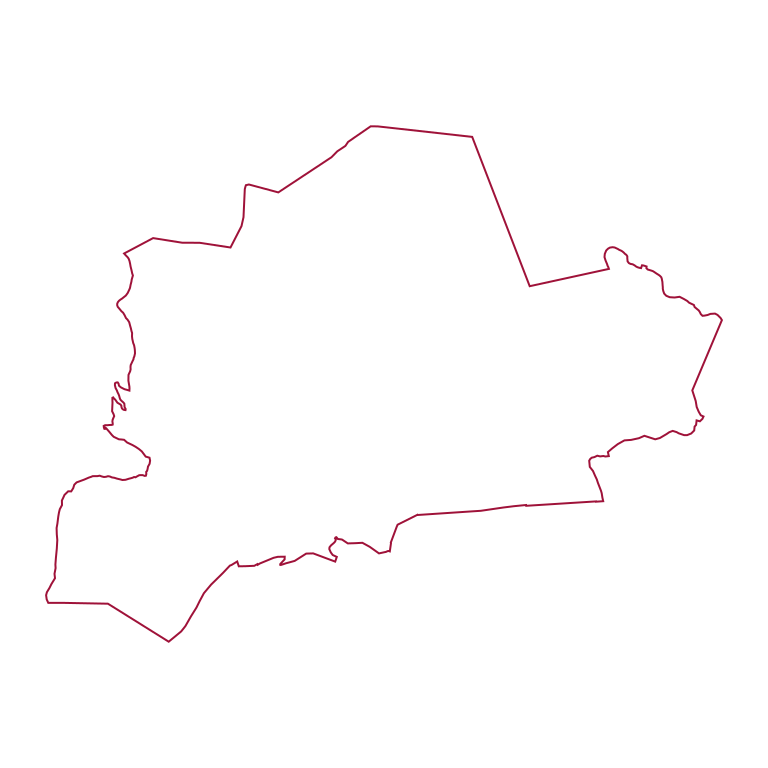 Juan Galindo, Puebla, Mexico
{"feature_id": "50627088B57480550213661", "entity_name": "Juan Galindo", "entity_type": "district", "adm_level": 2, "iso_a3": "MEX", "parent_name": "Mexico", "parent_adm1": "Puebla", "projection": "natural_earth1", "projection_center": [-98.001, 20.223], "detail": "fine", "context": "isolated", "style": "outline", "palette": "rose", "viewbox_px": 768, "rotation_deg": 0, "n_neighbors": 0, "source": "geoboundaries", "source_scale": "gbopen_adm2", "svg_char_len": 5190}
<svg xmlns="http://www.w3.org/2000/svg" viewBox="0 0 768 768"><path d="M703.5,416.5L700.8,415.3L698.7,411.7L696.7,407.0L695.7,401.0L692.3,390.4L721.9,320.1L720.6,318.0L717.5,314.9L715.0,313.6L710.4,313.9L707.6,315.0L704.5,315.6L702.5,315.8L700.8,314.1L699.8,312.0L698.7,310.4L697.1,309.1L694.6,307.0L693.9,305.0L689.1,302.7L687.3,301.0L683.9,299.0L679.6,296.8L674.6,297.5L669.7,297.2L666.3,295.8L664.2,293.6L663.3,291.1L662.8,288.8L662.8,287.2L662.6,285.1L662.4,281.9L662.1,280.5L661.8,278.8L661.3,277.3L660.4,276.3L659.4,275.4L658.2,274.6L656.9,273.8L655.7,273.0L654.1,271.9L652.8,271.1L651.0,270.5L649.7,270.1L647.7,269.5L646.4,268.2L646.6,266.5L644.2,265.7L643.0,265.4L642.0,265.3L641.4,267.1L641.1,268.1L639.3,267.8L637.4,267.2L635.9,266.4L634.8,265.5L632.7,264.3L630.5,263.9L628.9,263.1L627.6,261.4L627.3,258.3L627.3,256.3L626.3,254.8L624.9,253.8L623.8,252.6L622.2,251.3L620.8,250.5L619.3,249.9L617.9,249.0L616.4,248.3L614.7,247.5L612.6,247.2L609.9,247.6L608.0,248.7L606.2,250.5L604.8,253.9L604.5,257.1L605.6,260.6L607.2,264.4L607.5,265.6L608.3,267.1L608.9,268.9L529.7,286.2L502.7,216.1L472.2,136.9L377.8,126.4L370.7,126.3L355.3,136.9L348.1,141.9L345.4,145.9L337.3,151.3L331.9,156.8L331.4,157.3L329.4,158.6L278.3,192.4L248.9,184.5L245.9,185.2L245.3,187.1L244.8,189.1L243.5,217.2L241.5,226.1L230.5,247.5L199.7,242.8L182.1,242.7L153.1,238.1L124.1,253.5L125.8,255.4L127.6,257.2L128.6,258.6L129.5,261.0L130.1,263.7L130.6,266.6L131.6,270.6L132.2,273.4L132.9,275.5L131.7,279.6L131.4,281.7L130.6,284.8L130.0,287.9L129.3,289.6L128.5,291.3L127.7,293.0L125.8,295.6L124.4,296.7L121.9,298.7L120.6,299.5L119.1,300.7L117.9,302.1L117.2,303.8L117.2,305.3L117.8,306.9L119.2,308.5L121.4,311.2L123.1,312.7L124.6,315.2L126.0,318.1L127.5,319.6L129.2,322.2L130.2,326.0L130.9,328.4L131.5,331.1L132.1,333.0L132.0,336.4L132.3,339.0L132.9,341.6L133.2,343.0L134.1,345.3L134.6,348.0L134.8,349.6L134.9,350.9L135.0,353.4L134.3,356.5L133.7,357.8L133.4,359.5L132.8,360.6L130.7,365.1L130.5,367.0L130.6,369.4L130.1,371.4L129.1,373.5L128.5,374.9L128.4,380.7L128.8,383.1L129.4,386.6L129.5,388.5L129.4,390.6L127.1,389.9L124.5,389.2L122.5,388.2L120.8,387.3L120.1,386.7L119.0,385.7L118.5,383.5L117.7,382.4L116.3,382.5L115.0,383.3L114.9,385.2L115.6,388.1L116.8,390.3L117.6,392.4L118.4,393.9L119.1,395.6L119.5,397.1L120.0,398.8L120.6,399.9L121.8,401.1L123.3,402.4L124.3,403.6L124.5,405.7L124.5,406.8L125.0,407.9L125.6,408.9L125.6,409.7L125.5,410.1L124.0,409.9L123.0,409.4L122.0,408.5L121.4,406.8L121.4,405.8L120.6,404.6L117.4,402.7L116.7,401.7L115.2,399.6L114.0,398.5L113.2,397.4L112.4,397.8L112.4,400.0L112.5,402.9L112.1,411.2L113.5,414.0L114.2,416.1L113.4,417.9L112.6,419.9L112.4,421.5L112.7,423.3L112.7,424.6L111.8,424.9L109.3,425.0L107.5,425.2L105.1,425.2L103.7,425.9L103.9,427.6L104.4,428.9L105.1,428.9L105.5,427.8L106.1,428.2L109.1,431.6L111.9,435.0L113.7,436.8L118.9,439.3L121.6,439.5L124.1,439.8L127.1,442.5L132.4,445.0L135.6,446.8L138.9,449.0L141.8,451.4L145.7,456.6L149.5,457.7L150.1,460.6L149.6,463.8L148.0,466.6L147.6,468.9L147.1,470.8L146.2,471.9L146.3,474.1L145.9,475.7L144.7,475.9L142.6,475.1L141.2,475.1L139.2,475.2L137.2,476.3L135.5,477.3L134.1,477.0L132.7,477.7L131.4,478.1L129.0,478.7L125.5,479.8L122.4,480.0L120.7,479.5L116.9,478.6L114.4,477.8L111.9,477.4L109.9,476.5L108.0,476.2L106.0,476.8L103.9,477.0L101.6,476.4L99.7,475.7L97.5,476.1L95.1,476.1L92.5,476.2L91.5,476.7L88.8,477.6L84.2,479.6L80.4,481.0L76.6,482.4L74.3,484.7L73.2,488.2L71.2,491.4L68.2,491.3L64.5,494.9L63.2,497.8L61.9,500.5L62.0,505.1L59.8,509.2L59.0,512.4L58.3,516.4L57.4,523.6L56.6,528.0L56.8,534.4L57.3,540.0L56.8,548.7L55.9,558.0L55.4,564.5L55.6,568.1L54.5,573.8L55.0,578.2L51.4,584.1L49.5,587.9L46.9,592.2L46.1,595.2L46.7,599.4L48.3,602.9L65.1,602.9L107.9,603.7L168.7,641.7L181.2,631.4L185.4,626.1L191.0,616.3L196.5,607.5L199.7,601.0L201.7,597.3L203.9,593.2L211.1,584.6L223.0,572.9L229.9,565.6L231.5,565.0L237.2,561.5L238.8,566.3L245.2,566.2L254.3,565.8L257.4,564.1L257.7,564.8L259.8,563.5L273.6,557.8L277.9,556.8L284.7,556.7L284.6,559.4L280.3,564.0L280.2,564.8L280.8,565.0L281.6,564.7L282.4,564.5L285.9,563.3L290.0,562.2L294.7,560.9L306.2,553.6L313.2,553.4L335.2,561.6L336.8,556.9L332.7,555.0L330.8,552.4L329.3,549.1L329.5,547.3L331.0,545.4L333.8,543.0L335.1,541.6L335.6,540.4L335.8,539.6L335.0,538.3L335.6,537.4L336.4,537.2L337.9,539.0L341.2,539.4L342.1,539.6L347.8,543.4L354.8,543.2L362.4,542.8L369.7,546.8L379.0,553.4L385.4,552.0L385.7,552.0L387.7,551.1L388.7,551.0L389.8,551.4L391.0,543.1L390.8,542.6L396.7,526.8L397.6,524.7L417.4,514.8L417.5,515.0L425.0,514.5L473.0,511.3L480.8,510.8L503.4,507.5L513.9,506.2L526.1,505.0L526.2,505.8L596.0,501.4L596.0,501.7L603.2,501.2L602.4,497.6L601.7,493.2L601.0,490.8L599.1,485.9L597.9,482.8L596.8,479.4L595.0,475.6L593.0,471.0L589.8,466.9L589.2,460.7L590.2,459.0L591.7,457.7L594.4,457.1L597.3,455.7L600.1,456.4L603.3,456.0L605.4,456.5L608.8,456.1L607.9,452.1L612.2,448.4L617.8,444.1L624.4,440.4L631.1,439.9L638.9,438.2L644.4,435.8L655.2,439.3L659.9,438.0L666.5,434.1L669.3,432.2L672.7,430.9L676.6,432.1L678.7,433.3L684.0,435.1L687.2,435.1L691.2,433.5L694.2,430.5L694.6,426.6L696.1,424.9L696.6,420.4L699.9,421.3L702.4,418.9L703.5,416.5Z" fill="none" stroke="#9f1239" stroke-width="2"/></svg>